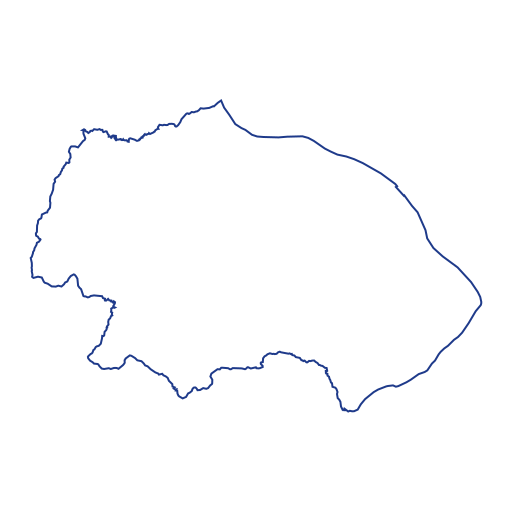 El Guamo, Bolívar, Colombia (Albers equal-area conic projection)
{"feature_id": "7082276B46514766114019", "entity_name": "El Guamo", "entity_type": "district", "adm_level": 2, "iso_a3": "COL", "parent_name": "Colombia", "parent_adm1": "Bolívar", "projection": "albers", "projection_center": [-74.975, 10.036], "detail": "fine", "context": "isolated", "style": "outline", "palette": "blue", "viewbox_px": 512, "rotation_deg": 0, "n_neighbors": 0, "source": "geoboundaries", "source_scale": "gbopen_adm2", "svg_char_len": 5995}
<svg xmlns="http://www.w3.org/2000/svg" viewBox="0 0 512 512"><path d="M82.5,130.2L83.7,130.5L83.4,132.5L83.5,133.8L85.3,138.3L84.7,139.9L83.0,141.1L78.0,147.4L75.1,146.4L71.6,146.4L70.9,146.7L69.6,148.9L68.9,151.8L70.3,154.0L70.6,157.5L69.3,159.7L69.4,162.4L68.7,163.0L66.3,162.6L65.7,164.2L63.6,166.7L63.6,167.7L62.3,168.7L62.0,170.3L60.8,172.1L60.2,174.2L58.9,175.1L58.5,176.2L55.6,178.1L54.6,179.6L55.1,181.7L53.6,183.8L53.1,189.8L51.7,193.7L50.3,196.5L49.9,201.1L50.4,202.8L50.0,207.7L47.7,210.7L47.2,212.4L45.9,212.6L41.9,214.5L41.4,217.7L41.0,218.4L39.2,219.3L38.1,220.7L37.9,223.2L37.1,225.5L36.9,231.9L35.9,233.3L36.0,235.1L36.3,235.9L37.8,236.6L39.0,238.6L40.3,239.1L40.5,239.6L39.0,241.7L36.9,242.8L36.5,244.8L34.5,248.4L34.2,250.2L33.0,252.2L33.0,253.1L31.8,256.8L30.7,258.0L31.8,262.9L31.9,266.3L31.6,267.6L32.0,270.2L31.7,271.0L32.5,275.0L32.1,276.8L33.4,277.9L38.0,276.7L41.8,277.5L43.8,281.7L44.7,282.7L47.7,283.7L51.7,286.4L55.8,286.6L58.3,285.7L61.5,286.5L64.0,284.3L65.1,282.5L67.3,281.5L68.7,278.6L70.8,276.0L73.7,274.4L74.6,274.7L76.0,276.3L77.4,278.7L78.1,285.7L79.4,287.6L81.1,289.2L83.4,296.0L84.3,296.4L85.5,296.4L87.8,297.4L89.3,297.0L90.7,296.0L94.0,295.4L102.1,296.2L103.0,298.1L105.0,298.7L104.8,300.1L105.1,300.6L106.4,300.5L108.1,298.9L109.3,300.4L110.5,300.5L110.8,301.1L111.4,300.8L111.6,301.6L112.4,301.6L113.2,302.7L113.5,302.6L113.9,301.4L115.0,302.2L114.8,303.5L113.2,306.2L113.5,306.8L115.0,307.5L114.4,307.8L113.1,307.5L111.2,308.6L111.3,310.3L111.0,311.9L112.2,312.6L111.8,314.3L112.3,315.4L111.0,316.1L110.1,318.4L108.7,319.6L108.2,321.9L108.5,324.6L107.0,326.4L107.2,327.4L106.6,327.6L106.7,328.9L106.2,330.1L104.6,331.8L104.2,335.4L103.5,336.1L102.2,335.9L102.0,338.4L100.8,343.7L98.8,345.8L96.7,346.4L95.7,347.1L94.4,349.4L93.4,350.0L92.5,352.6L91.7,353.5L90.6,354.0L88.2,356.3L87.9,356.9L88.2,358.3L90.1,360.7L92.6,362.2L94.0,363.6L97.6,364.0L98.3,364.4L99.6,366.4L101.8,368.6L104.1,369.0L108.8,368.2L110.8,369.0L113.8,368.0L115.4,367.9L116.7,368.0L118.5,368.8L123.0,365.1L124.3,363.5L124.7,362.7L124.6,360.2L125.2,359.5L125.5,358.6L129.8,355.4L131.4,355.8L135.1,358.1L137.3,360.3L141.5,361.2L143.8,363.5L145.1,365.4L147.6,366.3L150.6,369.2L155.3,372.4L158.3,373.6L158.9,374.6L162.2,373.8L163.4,375.3L165.8,376.4L167.7,377.9L168.9,380.8L172.3,384.1L172.5,386.5L174.7,387.4L173.7,388.5L175.3,389.5L176.3,389.3L175.8,390.5L177.2,390.6L177.5,393.6L178.4,395.6L179.2,396.4L182.7,398.4L186.1,396.9L188.1,393.4L189.7,392.7L191.8,391.0L192.4,389.1L193.6,387.7L195.1,387.4L195.8,387.7L196.8,388.8L197.5,390.2L200.1,390.0L203.2,388.1L206.3,388.8L208.1,388.1L210.2,385.4L211.9,384.1L212.2,383.3L212.3,379.7L210.4,376.5L211.4,373.6L217.5,369.2L219.8,369.4L221.2,367.8L222.0,367.7L228.1,368.2L230.1,369.3L231.0,369.2L232.8,368.1L241.8,368.4L245.0,369.2L246.0,368.7L247.4,367.3L248.0,367.2L250.8,368.5L255.9,367.3L256.4,368.2L258.8,368.4L260.0,368.1L262.7,367.0L262.6,365.8L260.9,364.1L260.7,363.0L261.1,362.4L262.8,362.1L263.1,358.3L264.6,356.3L266.3,355.4L267.4,354.3L269.9,353.3L272.4,354.0L273.8,353.8L274.7,354.1L276.6,353.8L278.1,352.3L279.8,351.7L281.0,352.3L285.8,353.2L288.5,353.7L289.6,353.4L290.9,354.1L291.8,353.9L292.3,355.1L294.4,355.5L295.8,357.1L299.8,357.9L301.4,360.2L302.6,360.4L303.3,361.1L304.6,360.6L306.4,362.3L307.4,362.3L309.1,360.9L310.7,361.1L312.0,360.6L314.1,360.5L315.7,362.0L317.5,363.0L319.0,365.0L319.8,365.0L321.1,365.7L322.5,365.9L324.9,367.8L326.6,368.0L327.2,370.9L326.9,371.2L325.8,371.0L325.9,373.1L326.3,373.6L327.4,373.8L327.5,375.6L329.0,376.7L329.5,378.8L330.2,379.9L331.0,382.5L332.0,383.2L332.5,386.8L335.4,387.7L336.5,389.2L337.5,392.0L337.0,394.0L337.7,398.1L339.2,399.6L340.4,401.8L341.0,406.5L342.5,409.6L342.9,409.2L343.9,410.2L345.0,410.2L344.9,409.0L348.2,411.5L349.8,410.8L352.2,411.3L354.1,411.2L357.7,409.6L360.8,404.3L365.1,399.1L373.7,392.1L378.2,389.5L386.2,386.4L387.9,386.0L393.0,385.4L395.9,386.7L398.3,386.1L406.4,382.3L410.8,379.7L418.7,374.1L424.7,372.0L427.3,370.4L431.9,363.6L435.0,360.6L438.7,354.3L440.7,351.8L444.3,348.4L448.0,345.8L454.0,339.8L458.0,337.0L462.1,332.7L468.6,323.2L475.7,311.2L480.7,305.2L481.2,303.7L481.3,302.0L480.2,296.9L477.7,291.9L471.1,282.1L457.6,267.4L442.7,256.4L433.4,248.0L427.2,238.4L425.5,230.2L417.6,212.3L412.0,205.9L404.3,195.4L403.9,195.8L395.9,187.0L397.1,186.2L395.3,184.0L380.9,173.4L362.8,163.1L354.2,159.2L346.3,156.5L337.4,154.6L330.8,151.6L324.9,148.6L313.8,140.9L308.2,137.9L302.4,136.3L287.2,136.7L278.6,137.4L263.5,137.0L257.2,136.5L252.0,134.8L245.4,129.9L241.5,128.1L235.3,124.1L229.2,114.7L224.1,107.6L221.1,100.5L217.8,102.8L213.9,106.4L213.2,106.2L209.3,107.9L203.6,108.6L200.6,108.3L198.8,110.3L197.1,111.4L196.0,111.5L193.9,112.3L191.7,112.0L189.4,113.8L188.6,113.9L188.0,113.4L187.1,113.4L186.2,113.9L181.5,119.2L180.3,122.1L178.2,125.1L176.7,126.4L176.0,126.6L175.2,126.2L174.5,124.6L173.8,124.1L171.8,123.8L169.1,123.9L167.5,125.0L166.4,125.1L164.0,124.8L162.8,125.3L159.5,124.8L157.9,127.2L158.4,128.8L157.8,128.7L155.3,130.3L154.7,131.6L154.0,131.8L153.7,132.3L150.0,134.0L149.0,133.2L148.8,133.8L147.0,134.2L146.6,134.8L145.3,134.7L144.9,134.1L144.1,134.8L143.9,135.8L142.8,136.2L142.7,137.6L142.0,137.8L141.4,137.4L141.0,138.2L140.2,138.6L140.1,139.4L139.2,139.5L139.0,140.3L137.4,140.8L136.7,140.8L134.8,139.7L130.3,138.3L129.4,138.6L128.9,139.3L128.7,141.8L127.5,141.5L127.2,140.7L126.3,140.2L125.0,140.4L123.7,140.0L123.3,139.4L123.0,140.0L121.9,140.1L121.0,139.7L121.2,139.3L120.4,139.0L118.7,139.6L117.4,139.4L116.5,140.2L115.9,140.2L115.1,138.9L115.9,138.6L116.0,137.8L114.6,137.5L115.1,136.5L115.9,136.4L115.9,135.9L114.4,135.7L113.9,136.4L113.3,135.5L112.6,135.6L112.1,135.9L111.8,137.4L111.2,137.9L110.2,136.5L108.7,136.7L108.7,134.9L107.9,134.2L106.7,131.5L105.9,131.3L103.5,132.1L102.9,131.6L102.4,129.9L100.6,129.9L99.6,129.1L97.3,129.8L94.1,129.2L92.3,131.0L91.6,130.7L90.4,130.9L89.8,132.0L88.3,133.0L87.3,131.9L86.1,131.5L85.5,131.0L85.2,130.0L84.0,129.3L82.5,130.2Z" fill="none" stroke="#1e3a8a" stroke-width="2"/></svg>